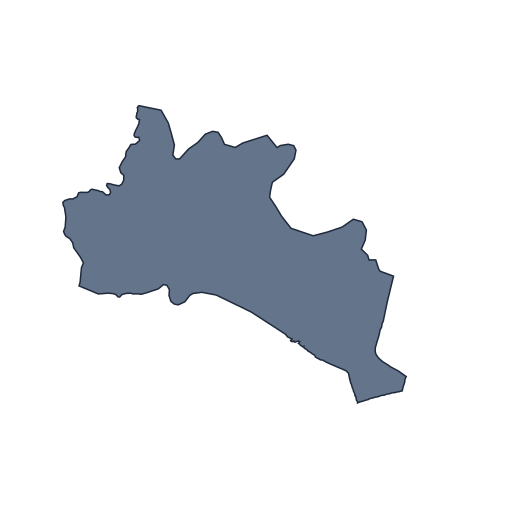 the district of Youwarou, Mopti, Mali, rotated 210°
{"feature_id": "8926073B44950387084983", "entity_name": "Youwarou", "entity_type": "district", "adm_level": 2, "iso_a3": "MLI", "parent_name": "Mali", "parent_adm1": "Mopti", "projection": "mercator", "projection_center": [-4.577, 15.386], "detail": "fine", "context": "isolated", "style": "filled", "palette": "slate", "viewbox_px": 512, "rotation_deg": 210, "n_neighbors": 0, "source": "geoboundaries", "source_scale": "gbopen_adm2", "svg_char_len": 3681}
<svg xmlns="http://www.w3.org/2000/svg" viewBox="0 0 512 512"><g transform="rotate(210 256 256)"><path d="M441.0,222.2L441.2,221.9L440.6,217.9L443.3,213.7L446.1,212.2L449.3,208.5L450.1,206.0L448.3,203.6L446.0,202.1L444.7,200.4L440.3,195.0L435.8,185.8L434.9,181.0L432.5,179.1L430.2,178.0L426.0,178.0L421.4,175.8L418.0,172.0L407.5,167.2L402.0,163.7L401.3,158.5L395.2,145.3L394.3,141.6L373.5,144.3L365.6,149.8L360.6,152.1L357.7,152.5L355.2,151.6L353.5,152.3L353.2,153.9L352.6,155.9L349.3,159.0L347.5,160.1L345.8,161.2L343.8,161.5L339.5,164.1L336.2,165.5L332.1,169.7L324.1,178.8L321.9,184.9L318.5,186.1L314.2,183.6L311.6,178.3L306.9,174.1L302.8,173.5L298.9,174.8L296.8,177.8L294.7,180.8L294.2,184.7L293.7,188.6L291.8,192.1L289.5,193.8L284.7,197.5L270.9,202.3L248.9,203.9L239.9,204.6L238.7,204.6L232.1,205.1L191.5,203.0L188.0,201.7L183.4,202.2L183.2,201.5L183.9,200.2L183.4,199.8L182.0,199.8L181.1,200.4L181.0,200.9L180.5,201.4L179.7,200.8L179.1,201.0L178.9,201.0L178.6,201.5L177.4,202.9L177.1,203.2L176.8,203.5L175.3,203.8L175.4,201.8L175.5,201.6L174.8,201.6L173.3,201.0L169.9,200.7L169.4,201.7L168.8,200.8L167.9,200.3L164.7,200.2L163.8,199.7L159.9,199.7L159.4,199.5L158.9,199.4L155.8,199.4L155.3,199.3L154.0,198.2L148.3,198.3L146.1,199.2L142.2,199.2L138.7,199.5L123.5,201.3L120.7,201.6L117.4,200.8L114.0,197.0L113.0,195.8L112.7,196.0L111.1,193.9L110.5,193.3L109.8,193.0L108.5,191.8L106.4,189.8L105.4,189.2L103.7,187.4L103.0,187.1L101.5,185.9L100.9,185.2L100.4,184.4L99.4,184.3L98.8,183.6L97.9,182.4L96.7,181.2L96.2,181.1L95.4,180.7L95.0,180.1L94.6,179.5L93.9,180.5L93.5,180.9L92.3,182.4L91.1,183.4L90.0,184.8L88.2,186.6L87.6,187.3L87.4,187.5L86.9,187.9L86.5,188.8L85.2,190.4L84.7,190.8L83.8,191.5L82.8,192.6L82.4,193.1L81.1,194.2L79.7,195.4L78.6,196.9L77.1,198.5L76.1,199.0L75.4,199.5L74.6,200.6L73.3,202.1L72.0,203.0L71.0,204.0L69.6,205.8L68.0,206.6L67.1,207.5L65.7,208.9L64.0,210.2L63.3,211.1L63.1,211.3L61.9,212.3L63.1,216.0L63.7,219.1L64.1,221.0L65.1,223.0L65.5,225.1L65.6,226.7L68.0,226.9L72.1,227.3L75.0,227.6L84.2,227.3L86.4,227.6L93.4,227.8L98.3,228.8L100.4,229.6L103.3,231.1L104.3,232.2L104.9,232.8L106.8,236.2L108.3,242.2L109.8,248.8L110.5,250.8L111.5,253.8L111.7,257.4L112.9,260.1L113.2,263.2L119.3,281.6L126.8,307.3L140.8,304.9L143.0,305.9L145.5,308.1L150.4,312.5L156.2,309.1L157.5,310.4L159.6,312.4L168.2,314.6L169.4,324.5L173.3,333.6L181.3,338.7L190.1,336.5L195.9,324.1L206.2,312.4L216.6,302.1L239.5,297.5L253.9,303.3L263.3,308.6L273.6,313.7L276.1,319.8L278.7,328.0L272.9,340.7L271.4,359.2L274.3,367.7L278.5,370.4L284.0,368.9L290.2,363.8L292.0,360.4L306.8,366.1L323.9,347.3L328.3,339.6L333.7,338.3L339.1,336.9L345.0,341.3L350.7,344.2L355.9,342.3L360.8,336.2L363.2,325.1L367.9,315.0L370.7,301.9L374.1,299.9L378.5,301.9L382.2,311.4L390.3,319.5L398.4,327.3L411.1,334.8L432.5,327.7L432.8,327.0L432.9,326.8L433.0,325.1L431.9,324.2L431.6,323.3L431.3,322.8L430.7,322.0L430.6,319.8L429.8,318.8L429.7,317.3L428.8,315.9L427.1,315.4L427.1,315.5L426.2,315.9L424.9,315.6L424.7,314.6L424.6,314.0L424.2,313.6L423.8,313.1L423.2,308.3L423.0,304.3L422.6,301.4L421.9,299.4L420.3,298.6L418.2,299.2L417.5,299.8L417.0,300.2L416.7,299.9L415.8,299.2L414.6,297.8L415.6,294.7L416.2,293.1L416.5,292.5L418.9,290.9L420.1,290.0L420.2,288.5L420.1,287.8L420.1,287.5L420.4,283.4L420.7,282.1L419.8,279.3L418.5,276.7L419.0,271.0L418.6,264.1L414.7,260.5L410.8,259.8L408.4,255.2L408.2,251.1L409.6,248.3L415.1,246.4L418.8,245.5L421.1,244.3L420.6,242.3L418.0,241.0L415.7,240.5L413.5,237.9L413.9,235.4L416.6,233.9L421.1,234.9L423.2,234.0L426.1,233.6L428.7,232.6L431.4,231.9L432.5,230.4L432.7,228.4L433.6,227.0L436.2,225.4L439.7,223.5L441.0,222.2Z" fill="#64748b" stroke="#1e293b" stroke-width="1.5"/></g></svg>